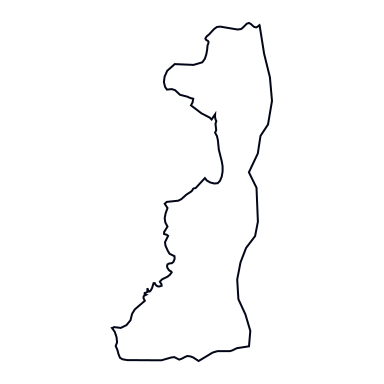 the border of Edirne
{"feature_id": "TUR-2240", "entity_name": "Edirne", "entity_type": "Province", "adm_level": 1, "iso_a3": "TUR", "parent_name": "Turkey", "parent_adm1": "", "projection": "mercator", "projection_center": [26.457, 41.291], "detail": "fine", "context": "isolated", "style": "outline", "palette": "ink", "viewbox_px": 384, "rotation_deg": 0, "n_neighbors": 0, "source": "natural_earth", "source_scale": "10m", "svg_char_len": 2314}
<svg xmlns="http://www.w3.org/2000/svg" viewBox="0 0 384 384"><path d="M256.1,27.4L257.6,26.7L259.5,25.1L259.6,25.3L264.1,53.7L269.9,77.2L272.0,100.9L268.0,124.5L260.5,135.9L257.8,153.5L248.9,172.3L254.3,183.3L256.5,187.7L257.9,221.7L255.1,236.1L246.1,247.9L240.5,262.4L237.2,279.5L238.4,299.2L245.4,314.4L250.1,330.2L250.3,330.9L249.1,345.1L249.0,346.3L236.8,348.2L232.5,350.3L230.1,351.1L217.6,351.1L212.6,352.6L198.6,361.0L193.3,357.5L190.4,356.4L187.4,356.0L184.9,357.0L182.0,358.6L179.2,359.6L174.3,357.1L171.2,357.5L161.4,360.3L127.4,360.1L122.6,359.3L120.0,357.8L118.5,354.1L117.3,349.6L115.7,346.0L117.1,342.3L116.5,337.0L114.7,331.7L112.0,328.0L113.4,327.6L113.9,327.1L120.8,327.9L126.5,325.1L130.5,320.2L132.1,313.8L134.9,309.3L144.8,300.8L143.5,298.1L143.6,296.5L144.2,295.7L146.0,294.8L145.3,294.6L144.9,294.5L144.6,294.1L144.7,293.0L146.4,292.5L147.2,292.0L147.4,290.7L147.4,288.2L148.3,290.5L148.5,291.5L149.7,291.5L151.0,290.1L152.1,287.9L153.6,283.1L154.7,283.1L155.4,284.4L156.3,285.5L157.6,286.3L159.2,286.5L161.6,285.8L161.5,284.3L160.4,282.6L159.9,281.6L162.1,279.3L167.3,276.8L169.9,274.8L171.7,272.3L171.2,271.5L169.4,270.6L167.5,268.1L167.0,266.0L167.5,264.4L169.1,263.5L171.8,263.2L173.4,261.9L174.6,259.0L174.5,256.2L169.6,253.8L168.0,251.2L165.5,245.7L165.0,242.2L168.1,235.9L166.8,234.8L164.1,234.0L164.1,232.0L167.5,226.6L165.3,222.4L164.7,218.1L165.6,213.4L167.5,208.0L164.7,203.8L166.7,201.9L178.3,200.7L181.4,199.1L186.3,194.7L191.4,191.4L192.4,190.2L192.9,189.1L193.7,188.4L195.6,188.1L204.9,178.1L206.8,180.5L210.3,182.5L214.3,183.5L217.7,183.2L220.0,180.8L221.7,176.7L222.6,171.5L222.6,166.4L221.8,161.5L218.8,149.5L217.9,140.4L217.0,136.2L215.1,132.7L216.2,130.2L215.5,123.9L216.3,121.0L215.6,119.6L215.2,117.9L215.0,116.1L215.1,114.3L211.6,119.5L209.7,117.6L201.4,113.3L191.0,105.4L192.6,102.3L193.2,98.7L190.3,98.0L187.1,96.6L180.0,94.8L175.1,90.2L171.8,89.1L167.0,89.6L165.1,87.0L163.9,82.0L164.6,76.7L167.2,70.8L174.7,64.1L193.6,64.9L202.3,62.3L204.8,58.9L206.3,54.4L207.1,49.9L207.3,48.1L207.4,46.6L207.6,45.3L208.4,43.2L208.5,41.8L208.0,41.0L205.8,39.6L205.4,38.6L206.2,37.0L207.3,35.8L208.7,34.8L214.0,29.1L216.9,27.0L220.2,26.6L237.4,29.5L241.0,29.1L242.8,27.7L246.8,23.7L249.0,23.0L250.7,23.9L254.1,26.9L256.1,27.4Z" fill="none" stroke="#020617" stroke-width="2"/></svg>